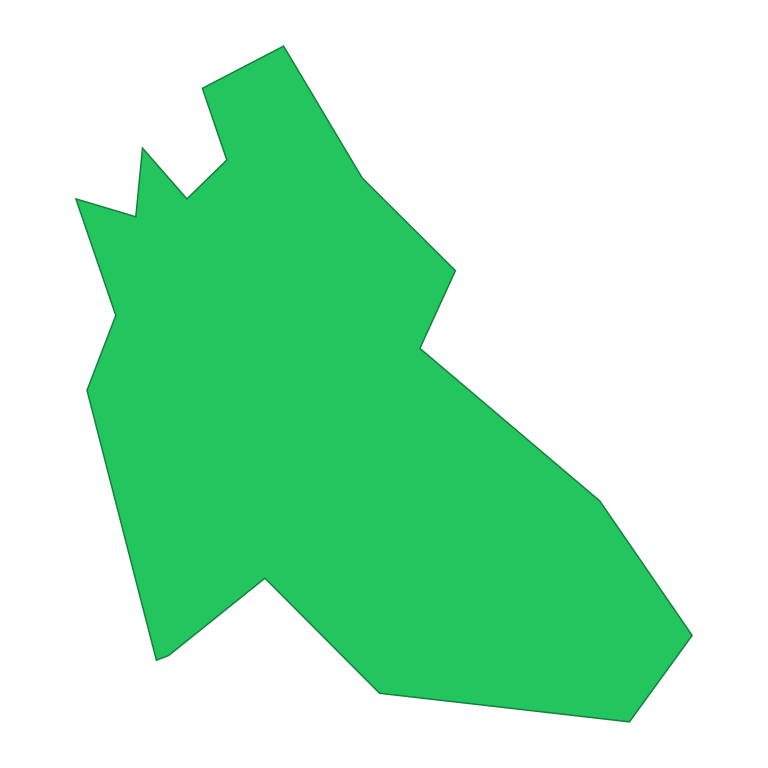 the district of Ikotos, Eastern Equatoria, South Sudan
{"feature_id": "79223893B75846050285915", "entity_name": "Ikotos", "entity_type": "district", "adm_level": 2, "iso_a3": "SSD", "parent_name": "South Sudan", "parent_adm1": "Eastern Equatoria", "projection": "equal_earth", "projection_center": [33.072, 4.082], "detail": "fine", "context": "isolated", "style": "filled", "palette": "green", "viewbox_px": 768, "rotation_deg": 0, "n_neighbors": 0, "source": "geoboundaries", "source_scale": "gbopen_adm2", "svg_char_len": 392}
<svg xmlns="http://www.w3.org/2000/svg" viewBox="0 0 768 768"><path d="M156.4,660.2L168.5,655.6L264.9,578.2L379.6,693.3L629.4,721.9L692.0,635.6L692.1,635.4L599.7,500.9L419.9,348.4L455.4,270.7L362.2,178.0L283.6,46.1L202.4,88.3L226.8,160.0L186.9,198.9L142.5,148.1L135.8,216.8L75.9,198.9L115.8,315.5L87.0,390.3L131.8,564.7L156.4,660.2Z" fill="#22c55e" stroke="#15803d" stroke-width="1.5"/></svg>